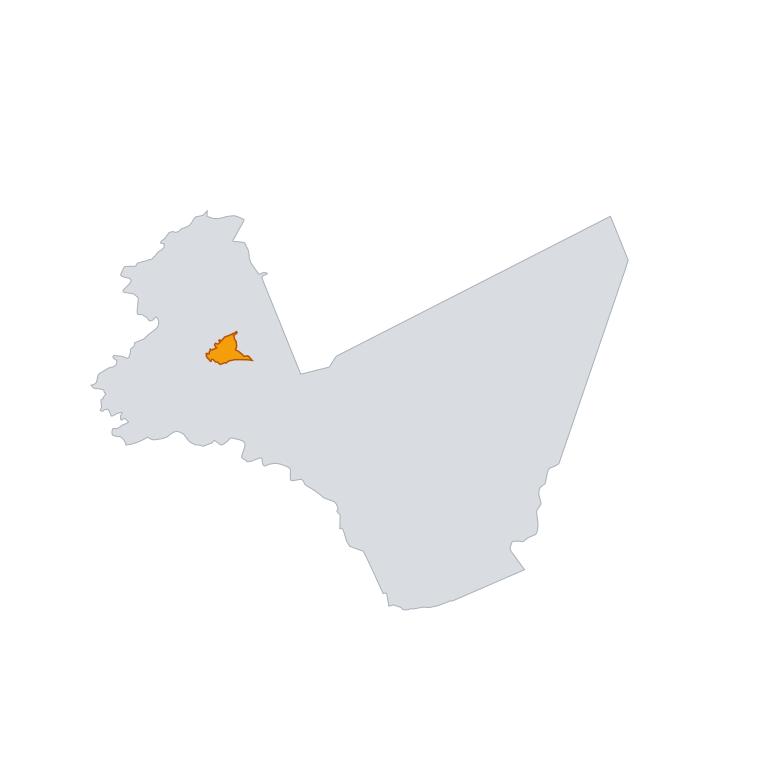 location of Banamba, Koulikoro, Mali, rotated 68°
{"feature_id": "8926073B21738268784100", "entity_name": "Banamba", "entity_type": "district", "adm_level": 2, "iso_a3": "MLI", "parent_name": "Mali", "parent_adm1": "Koulikoro", "projection": "equal_earth", "projection_center": [-7.411, 13.87], "detail": "fine", "context": "in_parent", "style": "filled", "palette": "amber", "viewbox_px": 768, "rotation_deg": 68, "n_neighbors": 0, "source": "geoboundaries", "source_scale": "gbopen_adm2", "svg_char_len": 4984}
<svg xmlns="http://www.w3.org/2000/svg" viewBox="0 0 768 768"><g transform="rotate(68 384 384)"><path d="M181.2,572.4L181.5,569.6L179.6,567.6L179.6,566.7L180.6,558.5L180.6,556.4L181.3,552.3L180.1,550.5L179.9,549.1L177.0,543.9L176.1,539.4L174.7,536.4L171.3,535.5L170.0,538.0L169.2,538.4L167.9,536.6L167.5,535.1L167.5,533.7L163.1,526.6L163.4,522.9L165.1,520.9L165.8,517.6L164.2,513.9L164.4,510.3L164.2,505.3L161.7,501.0L160.0,499.0L158.5,496.0L159.8,488.9L157.2,483.0L162.0,485.3L164.3,483.1L166.6,480.1L168.5,476.1L169.4,471.1L169.8,466.8L171.7,460.1L174.1,456.9L178.9,452.3L180.2,452.7L188.0,462.6L192.4,467.6L194.0,470.3L195.5,470.3L197.7,465.5L200.0,461.3L201.0,460.3L208.8,459.7L212.9,460.5L216.6,461.7L221.8,462.1L235.4,458.9L235.6,457.0L235.4,454.6L236.0,452.8L237.1,451.2L238.1,450.8L238.5,456.4L239.6,457.3L242.8,457.5L343.7,457.5L347.8,428.4L340.4,417.9L313.3,111.2L360.7,111.2L368.9,118.0L523.4,251.7L524.2,256.1L524.1,262.1L525.3,263.9L527.6,265.9L536.4,271.6L537.1,272.8L537.5,275.2L538.6,278.1L540.4,279.8L542.6,281.1L545.3,282.0L553.2,282.9L554.9,284.2L558.4,289.6L560.3,290.6L571.0,293.5L574.5,295.0L578.3,297.4L580.3,299.6L580.5,308.0L582.1,313.4L582.1,314.8L580.4,317.1L580.0,318.7L578.2,323.0L578.6,324.7L582.4,328.0L584.3,328.9L586.4,328.9L608.8,323.3L610.8,402.1L610.0,403.4L609.7,417.4L608.2,425.7L605.4,431.8L603.7,440.9L602.6,442.7L601.9,447.9L600.3,450.9L597.4,452.1L592.3,458.0L591.9,462.7L579.7,460.1L578.8,460.2L578.3,460.8L578.1,463.3L546.7,464.7L531.3,465.8L521.7,476.6L515.4,477.6L507.6,476.7L503.5,476.6L501.9,477.3L501.7,479.2L489.1,473.7L484.4,475.4L483.7,474.8L483.1,473.7L480.8,473.0L477.2,473.3L474.7,474.1L466.8,482.6L462.5,484.7L454.6,489.8L449.1,494.1L447.1,495.0L444.0,495.1L441.4,496.1L439.2,505.8L437.7,506.7L428.1,502.8L426.2,503.4L424.6,504.6L419.3,510.3L416.7,514.8L415.3,520.9L415.6,524.9L414.7,526.1L412.2,526.4L407.8,525.2L406.4,525.7L405.9,528.7L406.0,535.3L405.1,539.7L402.4,541.1L400.4,542.9L398.8,543.4L397.5,543.0L389.8,536.3L387.2,535.2L384.3,536.0L381.6,538.8L376.7,545.8L377.2,548.2L378.6,551.1L379.6,554.7L379.6,557.9L372.6,562.4L374.2,565.8L374.0,574.9L370.8,579.0L369.7,581.7L366.6,584.6L363.9,586.3L355.3,588.7L351.9,591.5L350.3,593.9L349.9,596.4L350.2,599.3L351.9,605.3L351.4,610.7L350.0,617.1L348.7,619.9L344.7,623.2L345.4,627.4L345.7,633.3L345.1,641.0L343.9,646.2L343.0,645.7L339.1,646.0L335.0,647.6L333.5,648.9L333.2,650.7L329.7,654.9L327.4,654.6L325.2,653.5L324.0,652.4L323.9,651.7L325.3,648.4L325.3,647.2L324.0,641.3L324.2,639.8L323.7,635.3L323.4,635.1L318.8,637.1L318.6,637.9L319.3,640.8L318.9,641.3L317.2,641.2L314.9,640.2L312.5,637.6L311.8,638.5L311.6,640.6L311.4,643.0L312.0,647.5L311.4,649.1L307.5,648.8L304.2,649.4L303.4,651.0L303.1,652.8L303.9,654.8L303.7,655.6L302.4,656.8L301.8,656.8L299.9,654.6L292.8,652.5L292.2,649.5L291.3,649.4L289.0,645.7L288.0,645.8L287.2,646.4L284.5,646.2L282.0,649.4L280.2,653.3L278.3,655.2L275.3,656.1L275.8,653.6L274.9,650.1L268.6,645.8L267.7,644.0L266.1,634.1L266.1,631.3L266.6,628.7L266.4,626.7L265.7,625.1L263.9,623.7L261.9,623.0L259.4,624.9L258.2,625.3L257.1,625.1L256.6,624.4L256.6,623.4L259.3,618.2L260.6,616.0L263.3,613.4L264.0,612.1L264.0,611.1L263.8,610.4L262.0,609.4L259.3,606.9L257.9,606.7L256.6,605.6L255.4,601.7L254.8,601.0L253.5,600.6L252.3,599.6L252.4,590.3L249.8,583.4L247.4,574.6L246.2,572.4L244.1,570.7L241.5,569.4L239.1,569.2L236.5,570.1L236.5,571.0L238.0,573.8L238.2,575.4L238.0,576.9L237.5,577.9L233.9,578.9L229.2,582.1L227.6,585.9L226.5,586.3L224.6,585.9L212.1,579.5L206.8,582.3L203.3,587.8L202.5,589.6L200.9,591.2L200.0,591.2L199.1,590.2L195.4,581.8L193.8,579.8L191.9,579.7L190.2,581.1L188.4,583.9L186.1,586.5L184.7,587.3L183.5,586.9L178.3,581.2L178.1,580.0L180.4,573.4L181.2,572.4Z" fill="#d9dde1" stroke="#a8b0b8" stroke-width="1"/><path d="M305.5,522.4L304.5,519.6L305.5,513.2L309.6,503.3L310.6,501.1L312.7,497.4L307.9,499.1L306.9,499.7L306.0,503.0L305.7,503.6L303.2,504.5L299.6,506.4L296.8,508.8L295.8,508.2L294.6,507.1L293.5,506.3L291.7,505.9L289.2,505.1L288.1,505.5L286.7,505.8L284.6,505.3L282.8,505.3L281.8,501.6L281.2,500.9L280.2,501.1L280.2,502.0L280.8,502.4L280.8,503.3L280.5,505.6L281.2,506.2L280.7,507.4L281.0,508.6L280.9,510.5L280.8,511.0L280.8,514.2L282.4,517.3L283.0,519.0L281.7,519.6L281.6,520.4L281.7,520.8L283.7,520.3L284.4,521.8L284.7,523.4L283.1,524.8L283.6,525.8L284.4,526.5L285.5,526.3L287.4,526.0L287.8,525.7L287.9,527.0L287.7,528.1L287.9,528.5L288.2,529.0L287.8,529.7L288.0,530.4L287.8,531.4L287.5,531.9L287.3,531.9L287.1,532.0L286.9,531.8L286.7,531.8L286.6,532.1L286.7,532.3L287.4,532.5L288.2,532.8L288.6,533.4L288.8,534.1L290.0,534.5L290.4,534.7L290.3,535.2L290.2,536.0L289.2,536.7L289.1,537.2L289.4,537.7L290.7,537.6L291.5,538.3L292.7,538.2L294.2,537.9L294.5,537.7L294.8,537.2L295.5,537.1L297.4,536.7L297.9,536.4L298.1,536.1L298.0,535.7L296.9,535.0L296.7,534.3L297.1,533.4L300.5,531.9L301.6,529.8L303.5,529.2L304.3,528.7L304.6,527.4L304.6,524.8L304.7,523.5L305.5,522.4Z" fill="#f59e0b" stroke="#b45309" stroke-width="1.5"/></g></svg>